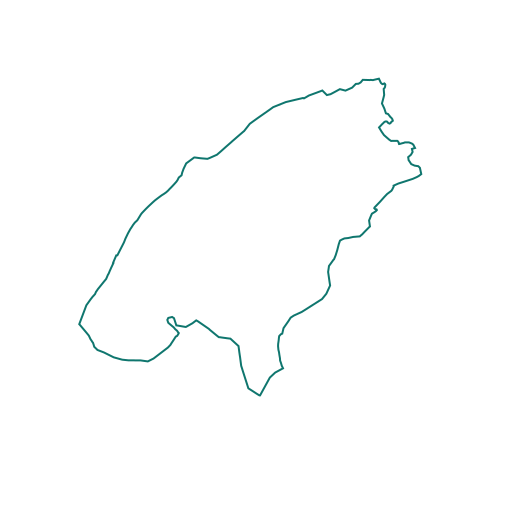 outline of Al Marawi'ah, Al Hudaydah, Yemen, rotated 336°
{"feature_id": "15242507B52368246204480", "entity_name": "Al Marawi'ah", "entity_type": "district", "adm_level": 2, "iso_a3": "YEM", "parent_name": "Yemen", "parent_adm1": "Al Hudaydah", "projection": "albers", "projection_center": [43.217, 14.842], "detail": "fine", "context": "isolated", "style": "outline", "palette": "teal", "viewbox_px": 512, "rotation_deg": 336, "n_neighbors": 0, "source": "geoboundaries", "source_scale": "gbopen_adm2", "svg_char_len": 4429}
<svg xmlns="http://www.w3.org/2000/svg" viewBox="0 0 512 512"><g transform="rotate(336 256 256)"><path d="M66.8,246.4L67.3,248.0L70.0,257.4L70.9,260.7L71.0,264.8L71.4,266.8L71.4,267.3L71.5,267.8L71.8,269.0L71.7,269.9L71.6,271.0L71.3,273.1L71.4,273.4L72.8,276.9L72.9,277.3L75.4,279.8L75.8,280.2L77.8,282.2L84.8,290.7L91.6,296.3L96.8,299.3L108.2,304.5L114.3,308.3L120.7,308.0L138.3,303.8L141.7,302.4L142.8,301.6L145.8,299.7L149.9,297.0L151.4,296.9L151.5,296.9L152.4,296.3L152.5,296.2L153.7,295.4L154.1,295.0L153.9,294.6L153.5,292.2L152.4,289.9L151.9,288.0L151.8,287.7L150.7,285.5L149.4,282.8L148.7,281.3L149.0,278.3L150.7,276.9L154.6,277.6L155.8,279.5L155.7,280.2L155.0,287.0L155.4,287.2L162.7,292.1L162.9,292.2L163.2,292.3L170.6,291.6L175.2,290.5L176.4,292.1L183.3,303.4L183.6,304.1L183.7,304.5L184.7,306.5L185.8,308.7L187.7,312.5L189.0,315.0L190.1,315.6L191.5,316.5L193.1,317.5L194.9,318.6L196.0,319.3L199.0,321.1L203.1,330.5L203.4,331.1L203.2,331.8L202.7,333.5L201.6,337.2L200.9,339.7L200.3,341.9L197.8,350.3L197.5,353.2L197.3,354.7L196.5,361.9L195.2,373.8L198.5,378.8L200.3,381.6L201.3,383.1L202.4,384.7L203.0,385.0L219.2,372.7L226.1,370.3L235.0,369.6L235.0,369.4L234.9,366.7L235.3,363.9L235.5,361.3L236.3,359.2L237.1,356.0L237.9,353.2L238.3,350.9L239.5,347.3L240.5,345.3L242.2,342.6L242.8,341.6L243.7,340.0L244.6,338.6L246.0,338.0L246.9,337.6L248.4,337.6L251.8,333.1L259.1,328.7L262.6,326.4L266.4,325.8L275.1,325.7L298.8,322.2L304.9,319.1L311.7,313.1L312.7,309.4L315.2,300.6L315.4,299.9L318.0,295.8L318.6,294.8L322.6,292.5L324.3,291.5L324.9,291.1L325.0,291.1L326.0,290.7L329.2,287.6L332.6,283.7L336.4,278.9L339.0,276.1L341.4,275.9L343.9,275.9L347.6,277.1L352.5,278.1L358.8,280.3L360.7,279.7L361.6,279.5L365.2,278.0L370.6,275.9L371.0,275.7L372.1,275.4L373.7,269.7L373.8,269.5L374.2,269.1L378.3,265.2L379.1,264.5L382.2,264.1L383.8,263.8L385.1,263.2L385.1,262.5L384.8,262.2L384.3,262.1L383.9,261.6L383.5,260.4L384.0,259.9L387.4,258.5L391.6,256.8L397.1,254.3L400.5,252.9L401.0,252.7L406.2,251.5L407.5,250.7L408.4,249.9L410.1,248.5L410.3,247.7L415.6,247.7L421.0,248.3L430.6,249.3L434.9,249.3L437.3,249.1L440.3,248.4L441.6,242.1L441.5,241.9L441.3,241.3L440.8,240.0L437.6,237.9L437.0,237.2L435.2,235.2L434.7,232.1L434.4,230.5L434.8,229.2L434.9,228.8L435.2,227.6L438.8,226.5L441.4,224.6L442.0,221.6L445.2,222.0L445.0,218.4L444.4,217.0L443.3,215.8L442.0,214.5L438.2,212.8L436.8,212.7L435.1,212.4L432.9,212.1L432.5,212.0L432.2,211.9L432.2,211.6L432.3,211.2L432.5,210.9L432.5,210.3L432.3,209.2L432.1,208.5L431.8,208.2L426.2,205.8L425.7,205.0L425.0,203.9L424.8,203.4L423.8,201.3L422.1,197.6L421.7,195.5L421.3,193.4L420.7,188.6L423.4,187.5L424.5,187.0L426.2,186.4L428.0,185.7L429.5,185.9L430.4,186.6L430.9,188.3L431.9,189.4L433.0,189.3L433.8,188.7L436.0,188.1L436.1,187.3L436.2,186.5L435.9,185.0L435.1,183.1L435.1,182.6L435.0,182.4L434.4,180.0L432.7,178.5L433.2,173.7L433.2,172.4L433.1,168.1L433.1,167.9L436.9,163.2L438.6,161.0L440.6,155.3L441.7,154.8L442.6,154.1L443.8,152.2L443.8,151.2L443.4,150.5L442.8,150.6L441.7,150.6L441.1,150.0L440.5,148.6L440.4,144.0L435.7,143.1L434.4,142.9L432.8,142.0L432.5,141.8L431.4,141.5L425.2,138.5L422.2,140.0L419.7,140.3L417.2,139.4L412.3,141.3L405.0,141.3L400.5,137.7L394.1,138.2L389.9,138.5L386.2,137.8L383.9,131.8L381.7,131.7L378.8,131.5L378.5,131.5L369.7,130.9L366.2,131.3L363.9,131.5L363.3,130.8L356.0,129.4L345.8,127.5L332.3,127.0L328.0,127.9L313.6,130.7L308.3,131.8L304.1,132.7L295.8,137.1L295.2,137.2L292.2,138.1L287.2,139.6L283.0,140.9L281.3,141.4L279.5,142.0L272.7,144.1L270.2,144.9L266.5,146.1L261.5,147.6L256.6,147.6L253.3,147.6L251.6,147.5L251.2,147.5L245.2,144.2L240.0,141.0L239.1,140.9L238.1,141.2L229.9,143.0L225.3,146.9L222.5,149.8L220.8,152.0L217.4,152.9L215.1,154.8L213.4,155.8L210.5,157.1L207.7,158.3L205.2,159.3L204.8,159.4L202.3,160.5L199.8,161.3L197.3,161.8L194.5,162.2L191.8,162.8L189.2,163.4L186.3,164.1L183.5,165.0L180.6,166.0L178.0,166.9L174.8,168.1L171.6,169.4L169.2,170.4L167.9,171.1L162.1,175.1L158.9,176.2L156.9,177.3L156.5,177.5L153.8,179.3L152.3,180.2L151.1,181.1L148.3,183.2L146.3,184.9L143.7,187.1L141.5,189.3L140.5,190.2L129.6,199.0L128.6,198.6L123.0,203.8L122.6,204.2L122.8,204.5L120.6,206.4L118.5,208.2L118.1,208.6L116.6,209.9L114.3,212.1L113.0,213.0L109.8,216.0L105.8,218.0L97.8,222.1L97.4,222.4L96.9,222.7L96.1,223.2L95.2,223.7L93.5,225.3L91.1,226.4L90.5,226.6L87.3,228.3L85.6,229.3L81.0,232.0L66.8,246.4Z" fill="none" stroke="#0f766e" stroke-width="2"/></g></svg>